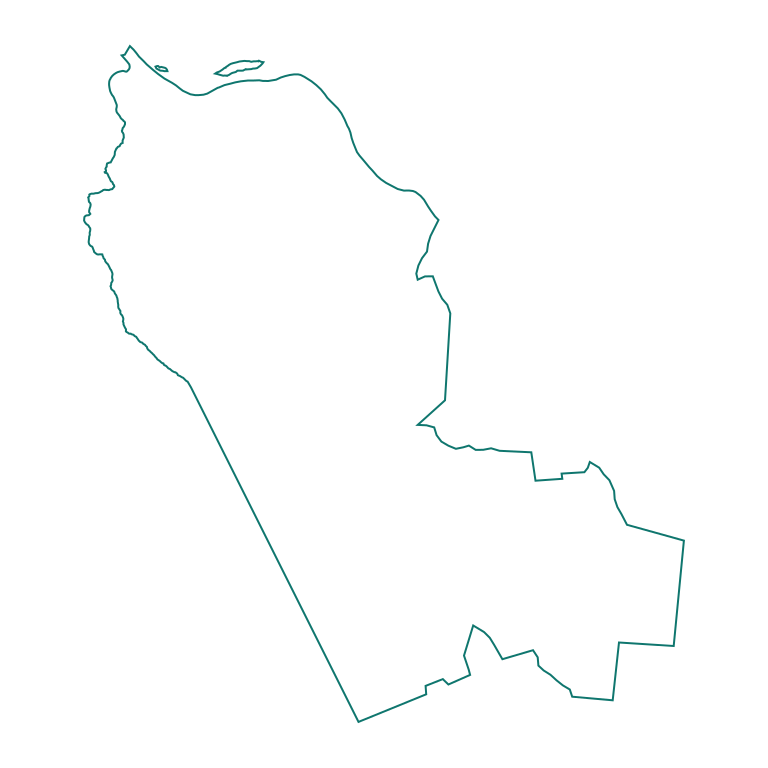 the district of Capital, Misiones, Argentina
{"feature_id": "61730980B30289947598516", "entity_name": "Capital", "entity_type": "district", "adm_level": 2, "iso_a3": "ARG", "parent_name": "Argentina", "parent_adm1": "Misiones", "projection": "robinson", "projection_center": [-55.968, -27.541], "detail": "fine", "context": "isolated", "style": "outline", "palette": "teal", "viewbox_px": 768, "rotation_deg": 0, "n_neighbors": 0, "source": "geoboundaries", "source_scale": "gbopen_adm2", "svg_char_len": 5913}
<svg xmlns="http://www.w3.org/2000/svg" viewBox="0 0 768 768"><path d="M358.5,721.9L426.2,694.3L425.6,685.9L442.8,679.1L448.4,684.5L470.1,674.9L468.7,669.6L464.0,655.6L473.2,625.5L484.1,632.1L489.8,637.8L494.1,644.8L502.4,659.2L533.0,650.2L537.7,657.3L538.4,665.6L543.7,670.5L550.5,674.8L556.5,680.3L562.9,685.4L569.8,689.5L572.2,696.7L612.7,700.3L619.0,642.5L673.7,646.0L683.9,540.6L627.0,524.8L621.5,514.2L617.4,507.1L614.7,499.2L614.1,490.9L609.4,480.2L603.7,474.3L599.2,467.7L589.8,462.0L587.8,467.8L584.4,472.2L561.6,473.6L562.3,478.8L535.5,480.7L531.3,452.3L499.6,450.8L491.1,448.3L483.2,449.8L475.7,449.9L468.9,445.6L463.3,447.3L455.9,448.8L448.4,445.7L441.4,441.6L436.6,435.2L434.2,427.4L426.5,425.3L417.7,424.9L445.0,400.3L450.3,313.4L447.3,304.8L442.1,298.7L438.4,291.4L432.8,276.3L425.0,276.4L417.7,279.7L416.3,273.6L418.4,265.5L422.0,258.2L427.0,251.6L428.1,243.7L430.5,236.0L438.5,220.0L435.0,216.4L431.1,211.0L428.1,206.5L424.0,199.7L420.6,195.9L415.5,192.0L412.9,191.0L408.8,190.5L403.9,190.6L397.7,189.0L386.1,182.9L380.9,179.3L377.1,176.0L372.3,170.4L369.1,167.0L363.1,159.8L359.5,155.6L357.0,152.1L355.4,148.2L353.3,143.0L351.7,138.2L350.4,132.5L348.9,128.6L347.4,126.0L344.7,119.6L341.4,113.3L337.8,108.4L330.5,101.1L327.3,97.8L324.9,94.3L320.9,89.4L316.3,85.1L311.5,81.3L304.5,76.9L300.5,74.9L298.1,74.4L294.1,74.4L289.8,75.0L285.2,76.1L280.8,77.5L276.1,79.7L268.2,81.0L262.7,80.9L259.3,80.3L254.1,80.5L248.3,80.5L240.9,81.3L235.1,82.4L230.7,83.6L224.5,85.1L218.9,87.5L217.7,87.8L207.3,93.6L203.5,94.7L198.9,95.1L195.0,95.1L190.4,94.3L182.9,90.8L179.7,88.4L176.0,85.4L172.0,82.8L164.5,78.6L158.1,74.0L153.3,70.1L146.7,64.4L143.7,61.2L139.0,56.6L136.7,53.5L133.6,49.7L129.9,46.1L124.8,54.7L121.7,55.4L127.2,61.7L129.3,64.4L129.6,65.9L129.7,66.9L129.5,68.2L128.9,69.4L127.0,71.4L126.1,71.7L124.6,71.3L123.7,71.0L122.6,70.9L119.5,71.6L117.5,72.2L115.8,73.1L113.9,74.4L112.2,76.0L110.8,77.9L110.4,78.9L110.2,79.1L109.8,79.8L109.3,81.3L109.1,83.3L109.1,85.0L109.4,87.3L110.1,90.9L110.8,92.6L112.0,94.9L113.3,96.5L114.0,97.8L116.7,104.8L116.8,105.7L116.7,107.1L116.4,108.3L116.2,109.4L116.5,111.5L117.0,112.6L118.6,114.6L119.6,115.9L120.1,116.8L120.7,118.0L121.8,119.2L122.8,119.9L123.5,120.9L124.5,121.6L125.0,122.4L125.0,123.2L125.0,124.2L124.2,126.1L123.6,127.1L122.8,127.9L122.5,128.9L122.3,129.9L121.9,130.7L122.1,131.8L122.9,132.8L123.6,134.4L123.8,137.6L122.6,140.5L122.6,142.7L122.6,142.9L122.4,142.9L122.2,143.1L121.0,143.7L120.0,145.2L119.6,146.2L117.8,146.9L116.5,148.7L116.3,148.7L114.9,151.9L114.7,154.9L114.5,155.3L114.4,155.6L113.7,157.1L112.9,158.2L110.7,162.4L109.7,162.5L109.1,162.7L107.1,163.5L106.8,164.7L106.7,165.3L106.7,166.7L106.1,167.3L105.4,168.9L106.0,170.2L106.0,171.2L104.7,172.1L105.1,172.8L106.5,173.0L107.2,173.4L108.0,174.9L108.4,175.9L108.6,176.5L109.8,178.5L110.4,180.1L111.0,181.3L112.2,182.0L112.5,182.5L113.0,184.0L114.0,185.2L114.3,186.6L113.5,187.6L112.9,188.2L112.3,189.1L110.2,189.5L109.3,190.0L108.5,190.1L106.8,189.9L106.2,190.0L105.0,189.7L103.3,190.0L102.1,191.0L101.3,191.3L100.5,191.9L98.7,192.8L97.4,193.1L95.3,193.2L93.9,193.6L93.3,193.7L91.3,193.7L89.6,194.3L89.3,194.6L89.4,195.7L89.3,196.3L88.2,197.4L88.6,198.7L88.7,200.3L88.9,200.9L88.9,201.7L90.2,203.1L90.6,204.3L90.6,205.0L90.3,206.7L89.7,208.3L89.3,210.0L89.1,211.1L89.2,212.3L89.7,212.9L90.3,213.9L89.6,214.6L88.8,215.2L87.9,215.3L87.1,215.3L86.2,215.5L85.0,216.3L84.4,217.1L84.2,219.1L84.1,220.6L85.0,222.4L86.5,224.2L87.7,224.9L88.6,225.8L89.3,227.1L90.2,228.3L90.3,229.6L90.1,231.2L89.7,232.3L89.7,233.8L89.8,234.9L89.2,236.5L89.1,238.2L88.9,239.8L88.7,241.4L88.7,242.4L89.1,244.0L89.7,244.9L90.3,245.6L91.0,246.1L92.2,246.7L92.7,247.7L93.3,249.4L93.8,250.5L94.1,251.9L95.1,252.8L95.9,253.5L97.1,254.3L98.2,254.5L100.1,254.3L101.3,254.3L102.3,254.4L102.6,255.7L103.3,257.1L103.6,258.3L104.9,259.6L105.3,261.4L106.1,262.4L106.9,263.4L107.5,263.7L108.4,265.1L109.3,266.9L109.9,268.2L110.5,269.4L111.1,270.0L112.3,273.0L112.5,274.2L112.1,276.7L112.1,277.8L112.6,279.8L112.6,280.6L112.0,281.9L111.3,282.8L111.2,283.8L111.1,285.0L110.5,286.2L110.9,287.1L111.2,288.8L112.1,289.8L113.5,290.9L114.2,291.5L114.7,293.0L115.0,293.6L116.3,295.4L116.9,297.3L117.4,298.3L117.4,299.0L117.7,300.2L117.7,301.4L118.1,304.1L118.3,304.9L118.2,306.3L118.4,307.9L120.4,311.0L120.3,312.9L121.0,314.4L121.8,315.0L122.5,316.2L123.3,318.4L123.3,319.5L123.2,320.3L122.9,321.5L123.4,322.6L123.5,323.7L123.5,324.5L125.0,327.7L125.7,328.8L126.0,329.3L125.9,331.3L126.5,332.0L127.4,332.4L127.9,332.7L128.8,333.5L129.4,333.7L130.8,333.7L131.4,334.2L133.5,334.8L134.7,336.1L136.2,336.8L136.9,337.9L137.5,338.7L138.9,340.8L139.4,341.1L140.2,342.0L142.3,342.7L143.2,343.8L145.0,344.8L145.7,345.8L146.9,346.9L147.3,348.5L148.3,349.9L149.6,350.8L150.8,352.1L152.0,353.1L152.9,354.1L154.2,355.3L155.0,356.5L155.7,357.2L156.9,358.5L157.3,359.3L159.8,361.0L161.0,362.2L162.5,363.3L163.4,363.4L164.1,365.0L164.6,365.3L165.4,365.5L166.5,366.3L168.4,368.4L169.9,369.0L172.3,371.1L174.5,372.2L175.5,372.3L177.2,373.6L177.9,375.2L179.9,376.0L182.0,377.3L183.2,377.8L186.0,380.7L186.9,381.3L187.6,381.6L191.0,387.4L358.5,721.9ZM258.9,60.7L258.3,61.3L258.0,61.1L255.9,61.3L253.9,61.3L251.2,61.8L249.1,61.1L246.7,61.1L244.4,60.9L239.5,61.5L237.1,62.2L232.9,63.2L230.7,63.9L229.0,64.9L227.6,66.0L226.1,66.9L225.6,67.8L224.8,67.8L224.3,68.1L222.6,69.5L219.6,71.5L216.8,72.5L215.2,73.6L217.5,74.1L220.1,74.9L222.4,75.5L223.2,75.7L224.8,75.5L227.0,75.8L227.1,75.5L227.5,75.5L228.7,75.1L231.3,73.4L232.4,72.9L235.8,72.0L237.4,70.7L240.6,70.7L243.0,70.6L245.1,69.5L245.8,69.5L245.9,69.2L247.1,69.4L251.3,69.1L252.9,68.6L255.0,68.5L257.1,68.1L258.7,66.9L260.4,65.7L262.5,63.5L263.4,62.2L261.1,61.8L258.9,60.7ZM158.3,66.1L157.2,66.0L155.5,66.6L156.4,68.5L158.2,69.5L160.2,70.6L162.9,70.8L164.7,71.2L165.9,71.1L167.4,71.1L167.0,69.8L166.1,68.5L164.9,67.8L161.1,66.9L159.7,67.5L158.3,66.1Z" fill="none" stroke="#0f766e" stroke-width="2"/></svg>